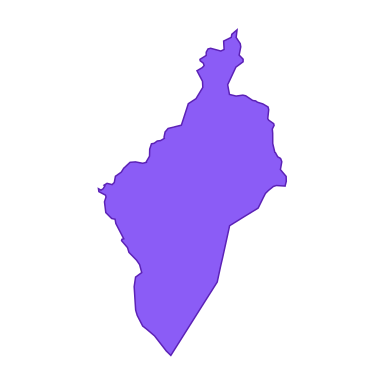 the district of Chitungwiza, Harare, Zimbabwe, rotated 93°
{"feature_id": "62879985B31454704835515", "entity_name": "Chitungwiza", "entity_type": "district", "adm_level": 2, "iso_a3": "ZWE", "parent_name": "Zimbabwe", "parent_adm1": "Harare", "projection": "albers", "projection_center": [31.05, -18.015], "detail": "fine", "context": "isolated", "style": "filled", "palette": "violet", "viewbox_px": 384, "rotation_deg": 93, "n_neighbors": 0, "source": "geoboundaries", "source_scale": "gbopen_adm2", "svg_char_len": 1750}
<svg xmlns="http://www.w3.org/2000/svg" viewBox="0 0 384 384"><g transform="rotate(93 192 192)"><path d="M41.3,151.6L35.4,156.0L27.7,155.5L32.4,160.5L35.5,160.9L39.6,168.3L48.0,167.4L49.7,170.6L47.5,180.9L48.3,183.5L51.6,185.1L54.9,185.0L58.4,190.0L59.1,191.0L60.5,190.7L62.8,187.4L65.1,186.5L67.3,188.3L70.6,193.4L80.9,187.3L87.0,186.7L98.6,192.9L104.0,200.3L125.8,206.1L129.8,219.2L133.4,222.0L138.7,222.8L139.9,222.4L142.3,226.1L142.9,229.4L145.3,232.3L146.0,235.0L151.4,236.5L158.5,236.3L164.5,239.4L164.8,239.2L165.7,242.1L165.9,242.7L164.9,250.0L165.6,255.4L171.8,261.4L175.9,263.7L180.3,269.3L181.9,269.5L186.6,270.1L188.8,272.2L187.8,277.3L189.8,280.2L190.4,279.3L193.4,280.9L194.9,283.0L193.6,285.6L196.5,285.0L199.7,278.2L201.5,277.6L206.4,278.9L217.1,277.0L222.7,270.8L223.2,267.4L227.5,266.4L241.3,258.3L242.3,257.7L242.9,259.5L244.3,259.8L250.9,253.5L255.6,251.8L263.0,243.8L267.3,240.5L267.6,240.4L275.1,238.0L279.9,243.9L289.6,244.8L312.8,242.1L314.3,241.6L318.2,240.2L328.5,234.2L329.2,233.1L329.8,232.3L330.6,231.1L337.6,221.9L350.8,210.5L352.0,209.5L354.1,207.1L356.3,204.6L300.3,173.2L280.6,162.1L263.8,159.4L256.6,158.1L227.0,153.2L223.7,152.7L213.8,138.5L204.6,125.1L193.6,120.4L189.6,118.6L186.4,115.7L182.2,111.0L181.1,108.1L181.2,99.3L180.4,99.2L176.4,98.4L171.5,98.8L165.0,104.9L157.1,103.9L154.2,105.1L153.6,105.7L153.0,107.0L152.3,108.3L149.9,109.8L148.4,110.7L148.0,111.4L146.6,111.8L139.4,113.9L129.1,114.5L124.9,115.1L121.2,113.5L119.5,114.0L116.2,119.2L114.8,120.2L105.8,119.7L103.1,120.5L100.3,125.9L98.9,131.4L97.7,133.2L97.4,136.2L93.1,143.4L92.6,146.3L93.9,153.0L92.6,159.7L83.0,162.0L65.0,154.7L59.3,147.8L56.7,147.9L52.8,152.1L44.5,150.9L41.3,151.6Z" fill="#8b5cf6" stroke="#5b21b6" stroke-width="1.5"/></g></svg>